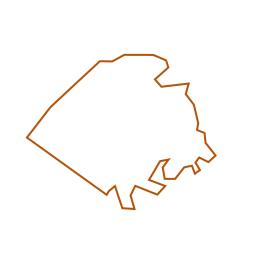 outline of Jessamine, Kentucky, United States of America, rotated 290°
{"feature_id": "52423323B70130462183378", "entity_name": "Jessamine", "entity_type": "district", "adm_level": 2, "iso_a3": "USA", "parent_name": "United States of America", "parent_adm1": "Kentucky", "projection": "natural_earth1", "projection_center": [-84.584, 37.866], "detail": "fine", "context": "isolated", "style": "outline", "palette": "amber", "viewbox_px": 256, "rotation_deg": 290, "n_neighbors": 0, "source": "geoboundaries", "source_scale": "gbopen_adm2", "svg_char_len": 683}
<svg xmlns="http://www.w3.org/2000/svg" viewBox="0 0 256 256"><g transform="rotate(290 128 128)"><path d="M57.9,130.8L62.2,131.6L69.0,135.6L50.7,150.1L54.1,161.8L65.5,153.5L76.1,154.6L75.4,178.3L86.2,182.8L86.4,165.5L107.8,169.5L112.2,176.9L102.7,174.1L92.8,179.9L96.3,189.7L110.3,194.3L114.4,201.0L108.0,206.5L113.1,210.0L118.6,203.2L124.6,205.0L123.5,215.2L132.1,219.7L140.6,205.9L149.4,201.7L149.8,193.5L156.5,192.4L172.4,181.9L179.6,170.7L190.5,169.8L178.2,145.3L182.9,136.7L198.7,145.2L204.6,140.6L205.3,126.7L195.5,99.5L185.2,90.4L181.1,78.7L158.3,67.0L151.1,63.3L132.4,53.8L120.8,47.9L114.2,45.8L84.4,36.3L57.9,130.8Z" fill="none" stroke="#b45309" stroke-width="2"/></g></svg>